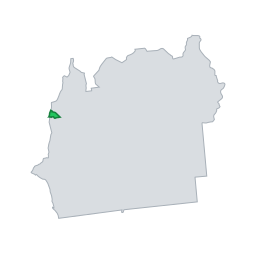 location of Al Qureisha, Gedarif, Sudan, rotated 172°
{"feature_id": "16777658B80860182226455", "entity_name": "Al Qureisha", "entity_type": "district", "adm_level": 2, "iso_a3": "SDN", "parent_name": "Sudan", "parent_adm1": "Gedarif", "projection": "albers", "projection_center": [36.204, 13.665], "detail": "fine", "context": "in_parent", "style": "filled", "palette": "green", "viewbox_px": 256, "rotation_deg": 172, "n_neighbors": 0, "source": "geoboundaries", "source_scale": "gbopen_adm2", "svg_char_len": 4654}
<svg xmlns="http://www.w3.org/2000/svg" viewBox="0 0 256 256"><g transform="rotate(172 128 128)"><path d="M175.0,204.6L172.7,204.6L172.5,204.0L172.5,202.5L172.8,201.4L173.7,199.6L173.5,198.6L173.6,197.2L173.0,195.6L167.5,190.9L166.5,189.6L163.5,188.4L164.0,187.1L163.0,177.6L163.6,176.6L163.8,174.9L163.8,173.5L164.5,171.0L164.6,170.0L158.8,169.9L158.7,170.9L158.9,172.1L158.9,172.5L150.8,172.5L154.0,176.2L154.1,177.8L153.9,179.9L153.9,181.2L154.1,182.0L154.9,183.7L154.8,184.0L154.6,184.4L148.8,189.2L147.7,191.5L147.0,192.7L145.2,194.7L139.8,199.9L138.9,200.2L134.9,200.3L134.5,200.4L134.2,200.6L130.6,197.4L124.9,193.5L121.0,195.4L119.9,196.1L119.8,197.8L119.2,198.7L118.1,199.7L115.3,200.3L113.8,200.8L112.0,201.7L110.2,203.3L110.0,204.2L110.2,205.0L100.4,204.7L99.7,204.0L98.4,201.2L97.4,201.3L88.4,200.7L87.1,200.9L84.5,202.0L83.2,202.1L81.9,201.5L77.4,195.8L76.4,195.1L75.4,193.8L74.4,193.2L74.1,192.7L74.0,192.1L74.1,190.9L73.8,190.2L73.1,190.0L66.7,191.0L65.8,190.8L64.5,190.9L64.0,191.2L63.4,191.9L63.3,193.4L63.1,194.1L62.6,194.9L60.7,196.7L60.2,197.5L60.2,199.5L60.0,200.6L59.7,201.0L58.9,201.8L58.6,202.2L58.2,204.8L57.1,206.4L56.8,206.9L56.7,208.0L56.6,208.4L53.6,209.2L52.5,209.7L51.8,210.5L51.7,210.9L50.4,210.5L48.9,210.2L45.9,209.8L44.7,209.3L44.2,208.7L44.4,207.1L44.2,206.7L43.7,206.4L43.4,205.7L43.5,204.9L45.2,203.1L45.6,202.2L46.2,197.6L46.2,196.2L45.1,193.5L42.4,188.9L41.8,188.0L38.4,184.1L38.0,183.6L37.2,182.0L38.4,178.6L38.5,177.7L38.3,176.7L37.4,175.9L36.6,175.8L35.6,174.8L35.0,174.4L34.4,173.5L34.0,172.4L34.6,168.4L34.4,167.9L33.5,167.7L33.3,167.4L33.4,166.6L33.0,164.3L32.6,162.4L32.9,161.3L32.2,159.9L30.8,159.2L28.0,159.5L27.1,159.3L26.5,159.0L26.1,158.5L25.9,157.9L26.2,157.0L27.1,155.3L28.2,154.0L30.3,152.8L30.9,152.2L31.2,151.4L31.3,150.6L31.2,149.6L31.0,148.8L30.5,147.7L30.0,146.3L30.1,145.5L30.4,144.8L31.0,144.1L33.1,142.8L35.2,141.6L35.6,141.2L35.5,140.7L34.6,139.6L34.4,137.7L33.9,136.3L35.0,135.3L35.8,135.0L37.1,134.7L37.6,134.3L37.7,133.5L37.8,132.7L38.2,132.1L38.9,130.9L39.4,130.4L41.0,129.0L41.4,128.1L41.6,127.2L41.3,124.4L42.3,123.3L43.5,122.4L45.1,122.5L47.7,122.4L49.5,122.1L50.8,122.2L53.6,122.9L53.9,122.7L54.1,121.9L56.7,69.4L68.4,70.0L68.5,69.9L69.7,45.2L142.8,47.6L143.4,47.5L144.6,45.2L145.0,45.1L145.8,45.2L146.0,45.8L145.4,47.7L209.2,48.2L209.3,51.0L209.9,53.3L211.7,56.5L213.2,58.2L213.8,59.2L213.9,59.6L213.8,60.0L213.3,59.6L212.5,59.2L212.4,60.8L212.8,63.9L213.5,66.0L213.0,68.0L213.1,71.5L213.9,75.5L213.8,78.2L215.1,84.3L216.5,87.6L217.2,88.5L218.0,88.9L219.5,89.2L221.8,90.9L223.7,92.7L224.3,93.7L225.2,94.7L225.8,94.5L226.2,94.2L226.8,95.1L229.7,96.9L230.1,97.7L229.1,98.5L227.9,100.0L227.3,101.3L227.0,101.7L226.0,102.6L225.9,103.0L225.5,103.2L225.0,103.3L224.0,103.7L223.2,103.6L222.3,103.9L221.9,104.2L221.2,104.5L220.3,104.6L218.8,105.7L217.5,106.3L217.0,106.8L216.3,109.0L215.8,109.6L213.9,109.7L212.9,109.9L211.7,109.6L211.0,109.6L210.9,110.1L210.6,112.0L210.7,112.9L209.6,115.1L209.9,119.2L208.9,122.3L208.7,123.0L207.6,125.4L207.1,126.3L205.7,130.9L205.2,132.3L204.1,133.8L205.3,144.7L204.3,148.1L204.3,149.9L203.6,152.6L203.1,153.9L202.2,155.4L201.5,157.1L200.8,159.3L200.4,163.5L200.2,163.9L196.7,164.4L195.6,164.7L194.8,165.2L193.9,166.2L192.1,169.2L191.2,171.0L189.7,173.5L188.0,175.2L187.6,176.1L187.3,177.7L186.7,180.2L186.1,182.0L186.2,183.4L185.6,185.9L185.7,187.1L185.1,187.8L184.3,188.4L183.7,188.6L181.3,186.9L179.5,188.1L178.5,189.7L177.6,191.3L178.1,194.7L178.0,195.5L177.8,196.3L176.1,199.7L175.6,201.2L175.1,203.9L175.0,204.6Z" fill="#d9dde1" stroke="#a8b0b8" stroke-width="1"/><path d="M193.7,148.2L195.9,151.0L196.6,151.9L197.1,152.5L197.4,152.9L197.6,153.1L197.8,153.3L198.2,153.6L198.7,153.8L198.9,153.9L199.0,153.9L199.5,154.0L199.8,154.2L200.1,154.4L200.2,154.5L200.3,154.5L200.8,154.5L200.7,154.9L200.7,155.0L200.8,155.1L200.8,155.4L200.9,155.5L201.1,155.6L201.3,155.6L201.5,155.9L201.6,156.0L201.9,156.2L202.1,156.3L202.2,156.0L202.3,155.7L202.5,155.4L202.8,154.9L203.4,153.8L203.5,153.7L203.6,153.4L203.8,152.3L203.9,152.1L204.1,151.5L204.3,150.8L204.4,150.7L204.5,150.7L204.6,150.4L204.7,150.2L204.8,150.1L204.7,150.1L204.4,150.2L204.2,150.0L204.0,149.9L203.9,149.9L203.8,149.7L203.7,149.6L203.4,149.7L203.2,149.7L202.9,149.6L202.7,149.6L202.4,149.7L202.2,149.6L202.2,149.4L201.9,149.5L201.6,149.6L201.0,149.5L200.6,149.5L200.2,149.5L200.1,149.4L200.0,149.2L199.9,149.0L199.8,148.6L199.7,148.4L199.6,148.2L199.4,148.0L199.2,148.0L199.1,147.9L198.9,147.8L198.7,147.9L198.1,148.0L197.8,148.1L196.7,148.2L196.1,148.2L195.6,148.2L195.1,148.1L194.7,148.2L194.4,148.2L194.0,148.2L193.7,148.2Z" fill="#22c55e" stroke="#15803d" stroke-width="1.5"/></g></svg>